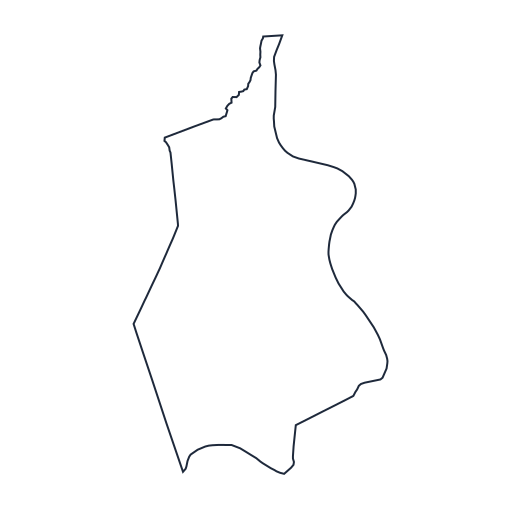 the district of Araripina, Pernambuco, Brazil, rotated 177°
{"feature_id": "56859067B17972152596251", "entity_name": "Araripina", "entity_type": "district", "adm_level": 2, "iso_a3": "BRA", "parent_name": "Brazil", "parent_adm1": "Pernambuco", "projection": "robinson", "projection_center": [-40.522, -7.658], "detail": "fine", "context": "isolated", "style": "outline", "palette": "slate", "viewbox_px": 512, "rotation_deg": 177, "n_neighbors": 0, "source": "geoboundaries", "source_scale": "gbopen_adm2", "svg_char_len": 2653}
<svg xmlns="http://www.w3.org/2000/svg" viewBox="0 0 512 512"><g transform="rotate(177 256 256)"><path d="M166.1,111.2L163.8,115.1L162.1,117.3L161.2,118.9L160.1,121.0L157.9,122.7L154.1,123.8L138.2,126.2L136.0,127.8L131.5,136.8L130.5,141.8L130.2,144.1L130.4,146.5L131.2,150.3L133.1,154.9L133.9,157.3L136.6,166.3L138.4,170.8L142.1,178.6L149.7,191.4L151.9,194.8L157.3,201.8L158.6,203.3L160.3,205.5L162.3,207.0L165.2,209.8L166.7,211.3L167.9,212.7L170.3,215.9L175.0,224.2L177.6,230.3L180.6,238.9L181.7,243.0L182.2,245.0L182.9,248.5L183.3,251.8L183.5,253.8L183.4,256.3L183.1,259.0L182.4,263.8L181.9,266.5L181.3,268.8L180.1,273.5L178.3,277.9L176.7,281.1L175.6,283.1L173.5,285.9L170.9,288.5L168.2,291.1L166.8,292.3L165.1,293.5L162.9,295.0L161.2,296.5L158.0,300.2L156.3,303.3L155.0,306.1L154.1,308.6L153.6,310.7L153.1,313.3L152.9,317.2L154.0,322.9L154.9,325.0L156.1,327.0L159.1,330.8L165.3,336.2L170.2,339.2L173.7,340.7L179.6,342.9L193.4,346.9L208.1,351.1L213.9,353.5L219.1,357.3L221.5,359.6L223.5,362.2L225.6,365.4L227.1,368.1L228.8,372.6L229.7,377.4L231.0,384.4L231.0,387.2L231.0,389.2L231.1,392.4L230.9,395.4L229.0,403.8L227.9,419.8L226.6,436.0L226.8,440.5L227.6,446.4L227.9,449.8L227.7,451.9L227.5,453.9L224.6,460.6L221.9,466.3L218.2,475.0L237.3,474.8L237.7,473.0L239.2,470.8L240.0,467.6L240.6,465.4L241.1,463.2L240.9,459.8L241.2,456.8L241.2,454.2L242.1,451.5L242.5,449.1L241.6,446.1L242.9,444.3L244.7,442.8L245.9,441.1L248.7,440.5L250.0,438.9L250.9,436.7L251.9,434.2L252.3,431.9L253.4,430.0L254.7,428.4L255.0,426.0L256.5,423.1L258.9,422.8L260.1,421.3L262.1,420.9L264.3,420.7L264.7,417.8L267.1,415.7L269.0,415.8L271.0,416.0L272.4,414.4L272.4,410.4L274.7,409.4L276.7,407.5L278.4,404.9L276.9,403.1L277.5,401.3L279.0,397.2L281.3,396.8L283.5,395.3L285.6,394.4L291.4,394.6L293.7,393.9L311.8,388.3L340.9,379.0L341.4,375.7L339.9,374.3L338.1,371.2L337.0,369.1L336.7,365.7L336.0,363.8L335.4,352.8L334.6,335.8L334.1,327.9L333.4,315.5L332.3,292.2L332.3,290.2L337.2,279.7L338.1,277.8L341.3,271.5L344.4,265.3L345.4,263.2L346.9,260.3L350.1,253.9L352.6,248.8L354.9,244.5L356.0,242.4L358.7,237.4L360.4,234.3L368.2,219.7L369.3,217.8L371.0,214.6L372.9,211.0L374.9,207.3L381.8,194.6L379.5,185.8L375.3,170.5L374.2,166.5L366.2,137.7L354.2,93.6L340.2,44.3L337.4,47.2L336.5,49.5L335.1,54.9L333.2,59.1L331.7,61.1L324.4,65.6L316.6,68.4L313.0,69.1L309.3,69.3L303.2,69.3L290.2,68.5L281.9,64.8L275.9,60.7L271.6,57.7L266.3,54.1L262.4,50.5L260.1,48.7L252.3,43.3L248.8,41.3L246.8,39.9L243.2,38.2L239.3,37.0L232.1,42.7L229.5,45.5L228.9,48.3L229.7,51.8L229.6,54.1L228.4,64.1L225.1,85.0L202.5,95.0L197.1,97.4L173.3,107.9L166.1,111.2Z" fill="none" stroke="#1e293b" stroke-width="2"/></g></svg>